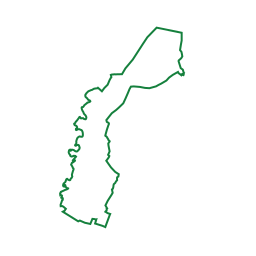 Auyo, Jigawa, Nigeria, rotated 315°
{"feature_id": "59680162B19523503473687", "entity_name": "Auyo", "entity_type": "district", "adm_level": 2, "iso_a3": "NGA", "parent_name": "Nigeria", "parent_adm1": "Jigawa", "projection": "mercator", "projection_center": [9.962, 12.332], "detail": "fine", "context": "isolated", "style": "outline", "palette": "green", "viewbox_px": 256, "rotation_deg": 315, "n_neighbors": 0, "source": "geoboundaries", "source_scale": "gbopen_adm2", "svg_char_len": 5583}
<svg xmlns="http://www.w3.org/2000/svg" viewBox="0 0 256 256"><g transform="rotate(315 128 128)"><path d="M41.9,182.0L45.3,180.4L53.8,176.5L54.6,176.2L53.4,173.8L53.1,172.4L52.9,171.5L52.8,171.2L53.2,171.1L54.3,171.2L54.5,171.2L55.0,170.8L55.3,170.6L55.7,170.2L55.8,170.0L56.4,170.1L57.3,166.8L62.3,165.1L69.1,163.6L71.3,163.0L73.2,160.1L74.4,160.2L76.0,159.3L77.2,158.3L78.2,157.7L80.2,157.8L81.6,157.3L83.4,157.2L84.3,156.2L85.4,155.2L86.9,155.5L88.8,154.1L87.9,150.0L88.1,143.8L89.5,135.8L93.6,135.2L95.0,134.6L95.0,134.2L94.9,133.8L94.9,133.4L95.0,133.2L95.0,132.9L98.5,131.5L101.8,126.6L103.1,125.0L103.9,124.8L104.5,124.8L105.6,124.5L105.7,124.4L105.7,124.0L105.6,123.7L105.6,123.0L105.9,122.3L106.0,122.2L106.1,121.9L106.1,121.6L106.2,121.3L106.3,120.5L106.6,120.0L106.7,119.1L106.7,118.4L106.5,118.0L106.5,117.4L107.6,116.7L111.8,114.3L115.8,112.3L117.1,111.8L117.7,111.3L117.9,110.5L117.4,109.1L117.4,108.6L118.3,107.1L127.0,106.1L132.5,106.9L136.3,107.1L142.1,107.2L147.3,105.3L152.4,103.3L156.5,101.6L159.3,100.8L161.5,102.7L165.4,107.3L168.4,111.7L171.3,115.0L177.3,118.4L179.9,119.1L182.9,120.1L188.7,121.6L192.6,121.4L197.2,122.1L203.0,123.7L202.5,125.1L202.8,126.1L202.8,126.7L202.9,127.4L203.2,127.7L203.0,127.9L203.0,128.5L203.5,128.5L204.2,128.1L204.5,128.1L204.8,128.5L204.7,128.9L204.4,129.4L204.6,129.8L205.1,129.6L206.2,128.7L206.5,128.6L206.4,128.2L207.1,127.3L207.2,126.9L207.5,126.5L207.6,126.2L207.9,125.9L208.0,125.2L207.6,123.0L210.8,116.9L211.1,116.4L211.7,116.1L214.9,116.3L217.0,115.8L218.3,114.0L219.6,112.0L219.9,109.7L224.6,106.3L227.8,104.1L233.3,98.6L219.2,77.3L205.8,77.5L197.9,79.1L179.7,83.0L168.3,84.0L161.8,85.7L157.1,81.2L156.9,81.1L156.2,80.2L155.5,79.8L155.0,79.3L154.1,78.6L153.4,78.3L152.2,80.3L150.9,80.5L148.9,81.1L144.2,83.0L139.5,83.0L135.5,83.6L135.2,78.3L134.9,78.3L134.5,78.3L134.3,78.2L134.1,78.0L133.3,77.3L132.2,76.6L132.0,76.3L130.7,75.9L129.8,75.7L129.3,75.5L128.9,75.2L125.9,74.0L123.2,74.0L122.3,74.2L121.5,74.3L121.2,74.6L120.9,74.7L120.5,75.2L120.1,75.7L120.0,76.2L120.1,78.2L119.9,79.4L119.8,79.8L119.9,80.1L120.1,80.9L120.4,81.3L120.4,81.7L120.4,82.1L120.2,82.5L119.9,82.5L119.4,82.5L118.9,82.2L118.4,82.1L117.6,81.5L117.2,81.3L116.9,81.3L116.7,81.4L116.4,81.4L116.0,81.3L115.0,81.2L113.2,81.0L112.1,81.3L111.2,81.4L110.8,81.2L110.5,81.0L110.2,80.7L109.9,80.7L109.5,80.9L109.2,81.3L109.0,81.6L108.5,82.4L108.0,83.7L107.8,84.6L107.7,85.1L107.0,86.6L106.9,87.2L106.9,88.9L106.7,89.7L106.4,90.5L106.0,91.1L105.5,91.5L104.9,91.7L104.4,91.9L103.9,91.6L103.6,91.0L103.2,90.2L103.2,89.9L103.2,89.3L102.8,88.9L102.1,88.3L101.7,88.1L101.5,87.8L101.7,86.9L101.8,86.5L101.8,86.1L101.5,85.9L100.9,86.0L100.0,86.2L97.3,86.6L96.1,86.7L95.7,86.6L95.2,86.7L94.8,86.9L94.3,87.1L94.0,87.1L93.2,86.9L92.8,87.0L92.7,87.4L92.4,88.0L92.4,88.5L92.6,88.8L92.8,89.5L93.0,90.1L92.9,90.5L92.7,91.3L92.4,91.6L92.2,91.9L91.0,92.1L90.7,91.8L90.1,92.2L89.9,92.5L90.0,92.9L90.2,93.0L90.6,93.2L91.5,93.4L91.8,93.6L92.3,94.0L92.7,94.4L92.9,94.9L93.3,95.9L93.4,96.2L93.6,96.5L93.6,97.3L93.3,98.2L92.8,99.1L92.3,99.8L91.8,100.3L91.4,100.8L91.2,101.0L90.7,101.4L89.9,101.8L89.6,101.8L89.4,101.7L88.7,101.1L88.1,100.2L87.9,99.8L86.9,99.4L86.4,99.3L85.6,99.3L85.1,99.3L84.6,99.5L84.1,99.7L83.1,100.2L82.7,100.4L81.7,101.1L81.5,101.4L81.3,101.7L81.0,101.9L80.5,102.4L80.3,102.5L79.8,102.6L79.3,102.5L79.1,102.5L78.6,102.7L78.4,102.8L78.4,103.0L78.3,103.3L78.4,103.5L78.7,103.7L79.0,103.8L79.3,103.8L79.7,103.9L80.0,104.1L80.5,104.5L80.8,104.7L80.9,104.9L81.0,105.2L81.0,105.4L80.9,105.8L80.7,106.2L80.5,106.5L80.3,107.0L80.1,107.5L79.1,108.3L78.8,108.4L78.3,108.5L76.8,108.6L75.9,108.6L75.3,108.5L74.7,107.9L74.2,106.6L74.1,105.4L73.4,104.1L72.8,103.5L71.9,103.7L71.5,103.5L71.9,102.5L71.7,102.3L70.5,102.1L69.8,102.6L69.0,103.1L68.5,103.9L68.1,105.1L68.1,106.1L67.7,106.5L67.5,107.2L67.7,107.9L68.1,108.5L68.7,108.7L69.3,109.1L69.9,109.2L70.6,110.0L71.0,110.5L71.0,111.5L70.1,111.6L69.0,111.6L67.5,111.8L66.5,111.8L65.8,112.1L65.7,112.8L66.2,112.8L66.3,112.3L66.6,112.3L67.1,112.6L67.1,113.1L67.5,113.0L67.6,113.4L67.1,113.7L64.9,113.4L63.8,113.0L63.3,113.1L62.8,113.4L62.0,113.6L61.8,113.9L61.5,115.5L61.2,116.4L60.8,117.1L60.7,117.5L60.8,118.1L60.3,118.7L59.8,119.0L58.6,119.5L55.4,121.3L54.8,122.0L54.3,122.9L53.0,123.4L52.5,123.3L51.5,123.4L50.5,123.9L50.2,123.9L49.8,123.7L49.6,123.4L49.4,123.0L49.1,122.2L49.0,121.6L49.1,121.0L48.9,120.8L48.6,120.7L48.2,120.7L47.3,121.0L46.3,121.5L46.1,121.7L45.8,121.8L45.3,121.9L44.6,121.8L43.0,121.8L42.6,122.1L42.2,122.3L41.8,122.4L41.5,122.7L41.3,123.0L41.3,123.3L41.1,123.6L41.3,124.1L41.5,124.4L41.8,124.5L42.1,124.6L42.3,124.4L42.2,123.9L42.4,123.6L42.7,123.4L43.0,123.5L43.2,123.8L43.2,124.2L43.0,124.5L42.3,125.2L42.2,125.5L42.3,126.0L42.4,126.3L42.3,126.6L42.2,127.0L42.3,127.4L42.3,127.7L42.5,128.0L42.9,128.1L43.0,128.4L42.9,128.5L42.4,128.4L41.8,128.3L41.1,128.0L39.9,127.4L39.3,127.1L38.5,126.9L35.4,125.7L35.1,125.8L34.8,126.1L34.4,126.2L34.1,126.1L33.8,126.2L33.2,126.9L32.9,127.2L32.6,127.6L32.9,127.7L33.2,128.0L33.4,128.6L33.5,129.0L33.4,129.3L33.2,129.4L32.8,129.3L32.7,129.5L32.5,129.9L32.2,130.1L31.8,130.0L31.5,130.1L31.5,130.3L31.8,130.5L32.0,130.5L32.2,130.8L32.2,131.6L31.9,131.9L31.6,132.1L31.3,132.3L31.1,132.3L31.1,132.6L30.9,132.7L30.6,132.7L29.9,132.7L28.0,133.7L26.2,134.5L25.8,134.9L25.5,135.2L25.1,135.7L26.3,136.7L26.5,137.3L26.7,138.4L26.9,141.2L26.2,141.3L24.5,141.7L23.5,141.3L22.7,141.1L26.8,158.8L28.5,159.4L30.5,164.5L33.5,169.2L38.6,167.1L40.1,169.0L40.2,169.4L40.4,169.8L41.0,170.2L37.2,172.3L40.8,179.2L41.9,182.0Z" fill="none" stroke="#15803d" stroke-width="2"/></g></svg>